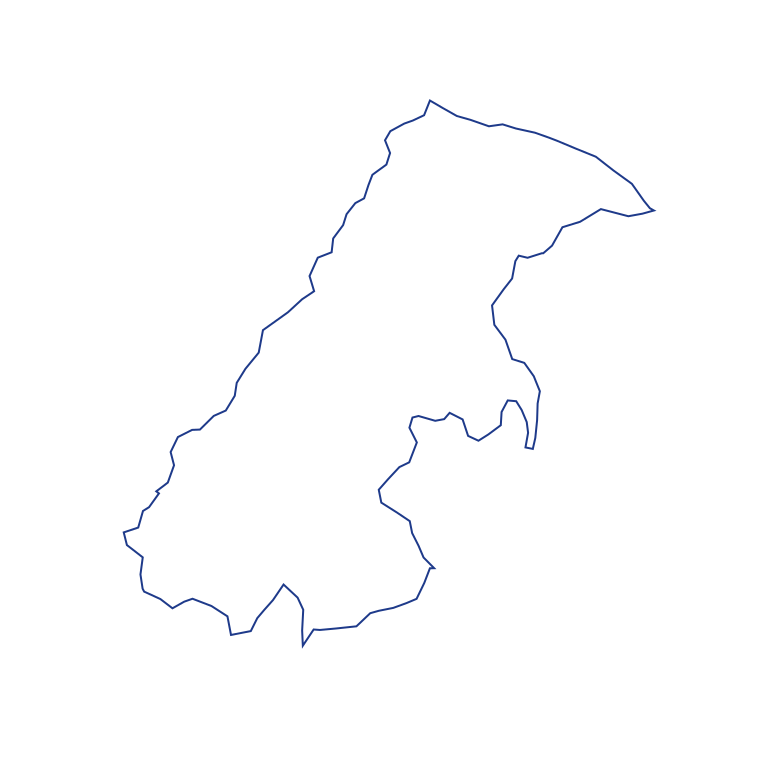 the district of Pano Kivides, Limassol, Cyprus, rotated 21°
{"feature_id": "46923920B16350634137742", "entity_name": "Pano Kivides", "entity_type": "district", "adm_level": 2, "iso_a3": "CYP", "parent_name": "Cyprus", "parent_adm1": "Limassol", "projection": "orthographic", "projection_center": [32.846, 34.75], "detail": "fine", "context": "isolated", "style": "outline", "palette": "blue", "viewbox_px": 768, "rotation_deg": 21, "n_neighbors": 0, "source": "geoboundaries", "source_scale": "gbopen_adm2", "svg_char_len": 1886}
<svg xmlns="http://www.w3.org/2000/svg" viewBox="0 0 768 768"><g transform="rotate(21 384 384)"><path d="M496.8,538.0L483.1,531.8L474.3,522.7L463.7,513.1L457.2,502.8L441.4,499.2L424.0,495.7L417.0,484.6L422.0,471.2L428.1,456.1L435.6,448.1L435.6,426.8L423.4,415.7L422.6,405.1L427.7,401.5L445.0,400.0L452.8,395.2L455.6,387.4L470.1,388.9L481.1,402.3L492.5,403.1L499.5,393.7L507.8,380.6L503.8,368.0L505.4,355.0L513.6,352.7L521.9,359.0L530.9,368.4L536.0,377.9L538.8,392.5L546.2,391.3L544.6,380.2L539.9,362.9L534.4,347.1L532.1,334.9L524.7,327.0L521.1,323.1L507.4,314.0L494.8,314.8L481.5,299.1L465.8,289.2L456.7,271.9L461.8,252.6L465.8,239.6L462.6,222.2L463.8,215.9L472.8,214.7L484.6,205.3L485.8,204.9L491.3,194.6L494.4,173.7L508.9,162.3L523.8,143.0L552.0,139.8L564.2,132.4L573.8,125.3L569.2,124.6L560.9,119.8L543.7,108.3L521.6,102.4L500.3,95.9L478.6,95.5L458.2,94.9L449.8,94.9L434.8,95.3L415.6,98.2L401.7,99.1L389.6,105.8L370.1,106.4L356.0,107.7L339.9,105.3L325.3,102.9L325.1,118.7L316.5,127.7L309.6,133.6L299.3,145.7L297.6,156.1L306.9,166.2L307.6,178.3L298.2,192.8L298.2,203.9L298.9,217.8L292.4,225.4L288.2,238.9L288.9,250.3L284.4,266.3L287.9,279.8L276.9,289.8L275.8,309.9L285.5,322.4L277.2,334.2L268.6,351.5L251.7,377.1L255.8,399.6L249.2,419.4L246.1,435.7L248.9,448.5L245.8,465.5L236.5,474.8L228.5,492.5L221.3,495.6L210.6,507.4L209.2,524.0L217.1,535.1L217.5,553.5L209.9,565.8L213.1,566.8L208.8,583.2L204.5,588.9L206.0,606.1L194.2,615.8L201.7,626.5L220.9,632.3L224.9,649.1L232.0,661.6L234.5,663.8L252.3,664.9L266.9,669.2L275.5,658.8L282.2,653.1L302.5,653.1L321.1,657.0L331.1,673.1L348.2,662.4L349.6,648.0L353.2,637.7L357.8,625.5L362.1,607.2L379.9,614.4L389.5,623.7L395.9,643.4L402.0,657.4L406.3,638.4L412.3,636.6L426.9,629.4L445.1,620.1L453.3,602.9L460.4,597.6L472.9,589.7L483.6,580.4L491.4,572.9L492.9,555.3L492.9,539.6L496.8,538.0Z" fill="none" stroke="#1e3a8a" stroke-width="2"/></g></svg>